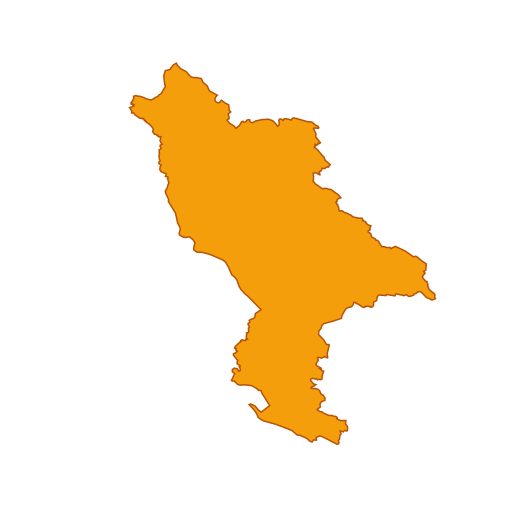 the district of Amparafaravola, Alaotra-Mangoro, Madagascar, rotated 116°
{"feature_id": "10022922B80147144228565", "entity_name": "Amparafaravola", "entity_type": "district", "adm_level": 2, "iso_a3": "MDG", "parent_name": "Madagascar", "parent_adm1": "Alaotra-Mangoro", "projection": "equal_earth", "projection_center": [48.36, -17.461], "detail": "fine", "context": "isolated", "style": "filled", "palette": "amber", "viewbox_px": 512, "rotation_deg": 116, "n_neighbors": 0, "source": "geoboundaries", "source_scale": "gbopen_adm2", "svg_char_len": 6139}
<svg xmlns="http://www.w3.org/2000/svg" viewBox="0 0 512 512"><g transform="rotate(116 256 256)"><path d="M364.4,103.1L366.8,107.8L367.0,111.3L366.7,112.2L365.6,112.2L365.2,113.8L366.1,116.6L365.9,117.8L367.1,119.7L367.5,122.3L367.6,126.9L367.1,128.0L367.8,130.3L367.2,133.8L363.5,132.0L361.0,133.6L359.9,133.6L357.9,133.0L355.6,130.8L353.4,131.7L351.8,134.3L351.5,137.2L349.3,139.6L348.7,141.4L348.8,143.6L350.6,148.0L350.6,148.7L348.8,148.3L347.6,147.0L345.4,145.8L345.7,148.3L343.9,152.3L343.1,152.9L342.1,152.6L341.1,151.4L340.6,148.8L339.7,148.1L340.4,146.6L339.3,145.5L338.9,143.7L337.8,142.7L335.1,143.9L329.8,144.7L330.3,146.2L329.5,147.5L329.4,149.0L328.8,148.0L328.2,148.4L328.1,153.1L327.6,154.1L326.3,154.8L322.4,154.3L320.3,156.1L319.1,154.1L319.2,152.5L316.2,149.9L316.4,147.4L316.0,147.0L312.4,149.3L303.9,151.1L303.6,151.8L304.7,153.9L301.8,158.2L299.1,165.4L295.7,166.7L292.9,165.8L289.5,166.3L287.0,165.4L280.7,158.1L274.6,151.9L271.8,152.6L264.9,152.2L262.8,151.4L259.6,147.8L256.8,147.4L254.7,147.8L254.3,146.6L254.7,145.1L254.5,143.7L255.2,137.4L254.4,135.8L253.3,135.8L253.3,135.1L252.3,134.0L251.4,131.3L251.9,130.9L251.7,130.0L250.1,128.8L249.2,128.6L246.0,130.0L243.3,128.1L239.4,129.1L237.2,128.5L234.6,121.8L233.4,121.8L230.9,113.6L229.4,113.8L228.3,112.9L227.5,108.6L226.9,107.4L227.0,106.0L224.8,103.7L225.4,101.3L224.9,100.0L222.2,97.2L220.7,97.2L219.3,95.5L217.5,95.0L216.1,92.8L216.1,91.4L218.6,84.7L218.3,81.0L218.6,79.4L218.1,78.1L215.7,76.0L214.6,77.4L212.8,78.0L211.8,79.1L210.2,85.8L208.2,87.7L207.9,88.6L206.1,89.1L204.8,90.8L204.0,91.1L204.3,92.6L202.3,97.1L200.4,97.3L197.4,96.5L196.3,98.6L194.5,97.2L188.4,99.5L187.9,103.7L186.1,111.6L186.4,112.7L187.7,114.0L186.1,124.1L186.3,135.1L190.3,138.0L189.5,139.1L191.0,142.0L191.5,145.0L192.5,147.0L189.0,152.7L188.7,153.8L189.2,155.1L188.3,156.4L188.2,160.4L185.6,162.6L185.2,165.9L184.3,166.2L182.4,164.9L181.3,165.9L178.6,165.9L178.9,168.5L178.3,171.3L177.1,172.4L177.5,175.6L176.8,175.4L175.5,177.3L176.7,179.5L178.3,185.6L177.6,189.4L177.9,190.9L177.5,192.0L178.1,195.4L177.6,198.3L179.1,201.0L175.8,203.3L174.7,205.0L174.1,205.0L173.0,207.8L171.5,207.0L170.4,207.7L168.5,207.3L166.5,205.3L165.1,208.1L163.3,217.7L163.6,218.9L164.1,219.3L164.3,222.2L165.3,224.4L166.5,225.5L165.1,234.4L163.8,237.3L159.5,239.0L156.7,240.9L155.0,239.2L155.1,234.2L154.5,234.3L152.9,236.2L150.8,234.7L148.1,235.1L147.8,233.5L147.1,232.4L145.1,231.7L144.3,229.8L141.3,229.4L139.7,235.8L137.3,238.2L136.5,240.8L133.6,247.1L132.7,251.2L132.3,251.4L130.8,250.6L130.3,251.8L129.6,251.9L129.7,250.6L129.3,249.7L128.8,249.3L127.7,249.8L127.3,248.4L126.0,247.7L122.7,254.6L119.9,255.6L116.5,260.0L115.9,260.2L115.4,259.6L113.8,255.8L113.1,255.8L112.2,257.2L112.3,259.8L111.1,264.4L112.8,269.1L114.8,280.5L115.5,282.9L116.0,283.5L118.6,284.1L118.7,286.5L119.9,290.3L120.6,291.0L122.3,291.0L121.9,293.5L122.7,294.9L124.3,294.9L127.6,292.6L130.0,293.5L128.4,296.4L127.1,300.3L127.6,304.8L130.9,310.6L134.9,315.6L137.8,317.6L138.1,320.0L136.3,321.5L137.2,323.0L138.0,323.8L139.8,324.0L140.9,325.1L141.1,326.0L140.6,326.8L141.7,327.8L145.9,328.1L150.2,330.1L148.9,332.3L148.3,337.8L146.7,341.5L145.8,341.5L144.5,340.4L143.2,340.9L140.3,343.3L137.6,341.9L136.6,344.0L132.0,346.9L132.1,350.4L131.2,355.5L134.2,356.1L135.0,357.4L135.1,359.3L134.4,360.8L132.7,361.8L130.4,361.9L128.5,361.2L128.0,370.3L124.5,374.4L122.9,380.2L120.5,382.9L121.7,387.7L123.2,390.8L123.4,393.6L120.8,399.8L120.8,405.4L119.0,410.4L117.6,412.1L120.3,414.0L124.4,415.0L125.8,414.8L129.1,418.7L130.0,418.7L134.6,417.8L141.8,413.3L143.1,411.8L151.5,412.4L154.4,414.1L155.8,414.1L157.7,416.1L159.7,417.0L161.8,418.8L162.8,423.2L162.8,426.6L163.5,431.1L164.2,432.2L164.4,434.2L166.0,436.0L168.5,434.8L170.7,435.2L171.9,434.9L172.9,435.5L173.5,434.6L174.1,434.9L174.1,433.6L173.5,433.1L174.1,432.6L173.5,431.9L174.9,431.5L178.0,434.7L180.1,431.3L181.9,430.6L181.9,430.0L180.9,428.9L182.1,427.0L183.1,421.0L181.9,417.8L182.3,417.9L182.0,417.1L183.1,415.8L182.5,415.0L183.5,414.5L183.2,414.0L183.8,413.4L184.2,410.3L185.2,407.1L186.6,404.1L189.6,403.3L191.1,400.8L190.6,399.3L191.0,397.6L190.6,397.0L191.3,396.6L191.5,395.0L190.4,393.7L194.5,392.8L196.0,390.9L196.6,389.3L198.4,390.7L199.4,390.4L201.0,388.3L203.1,389.6L205.2,388.2L205.9,388.3L206.5,387.4L208.4,387.2L211.4,385.2L212.3,384.0L215.1,384.3L215.6,383.3L216.0,381.0L217.8,381.3L220.7,380.2L221.9,377.9L221.5,373.2L221.8,372.4L224.2,372.3L223.6,370.0L224.0,369.4L225.2,369.4L228.5,366.3L230.1,366.4L233.7,365.7L237.5,366.0L238.2,365.1L238.9,365.0L242.9,360.0L244.0,359.1L245.3,358.8L252.7,347.2L260.8,340.8L263.6,337.0L265.0,335.8L269.5,334.9L270.7,333.9L270.9,329.3L270.0,326.9L268.4,325.3L268.1,323.9L268.9,319.9L270.9,316.6L275.3,315.8L277.7,314.7L278.4,310.8L276.2,305.5L274.8,298.4L274.1,284.5L274.8,280.7L278.0,276.0L283.6,269.4L284.4,265.7L285.9,262.7L290.7,257.9L292.5,255.2L294.7,249.9L295.8,245.5L302.0,227.9L308.1,231.4L311.1,230.2L313.5,230.9L315.4,233.1L316.8,233.9L318.1,232.6L320.7,233.5L322.5,231.0L323.1,230.6L324.1,231.2L327.8,229.2L329.5,230.9L330.4,229.8L332.3,229.7L333.5,228.9L334.6,227.2L335.3,228.7L336.3,228.2L336.9,228.7L337.2,231.2L338.4,232.7L339.1,232.7L339.5,231.8L340.6,232.8L346.4,235.0L348.2,234.9L347.9,233.2L349.2,233.2L349.9,231.0L352.6,232.3L353.7,233.4L355.0,232.9L358.0,226.5L359.5,226.6L361.2,225.7L361.6,222.0L363.0,222.6L363.5,221.5L365.2,220.1L366.4,220.2L367.1,221.4L365.6,223.0L366.2,226.2L368.3,227.5L370.4,226.6L371.0,223.6L378.7,223.5L378.8,222.6L377.9,220.8L379.5,216.0L378.9,213.4L376.7,209.7L374.4,203.0L374.8,197.2L375.6,194.9L374.8,192.4L376.6,190.7L384.4,178.1L394.1,182.9L393.3,186.5L391.2,191.2L391.3,195.9L392.6,197.0L395.3,190.0L397.6,186.1L400.1,183.3L400.7,180.6L400.9,176.8L398.6,164.5L397.2,149.4L397.2,146.7L398.9,140.3L398.0,138.9L397.7,132.5L397.7,130.2L398.8,126.8L398.7,124.1L395.9,123.6L395.4,121.5L394.8,120.9L392.7,122.4L389.6,119.6L389.3,115.5L389.7,100.9L388.9,99.6L387.3,99.6L385.8,101.1L384.0,100.7L380.9,101.8L378.5,101.6L376.3,103.7L375.8,100.4L374.0,100.0L373.5,97.6L372.4,97.4L369.3,98.9L367.4,102.1L364.4,103.1Z" fill="#f59e0b" stroke="#b45309" stroke-width="1.5"/></g></svg>